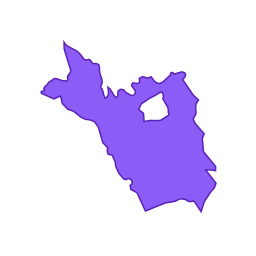 the border of Vas, rotated 77°
{"feature_id": "HUN-3138", "entity_name": "Vas", "entity_type": "County", "adm_level": 1, "iso_a3": "HUN", "parent_name": "Hungary", "parent_adm1": "", "projection": "robinson", "projection_center": [16.563, 47.075], "detail": "fine", "context": "isolated", "style": "filled", "palette": "violet", "viewbox_px": 256, "rotation_deg": 77, "n_neighbors": 0, "source": "natural_earth", "source_scale": "10m", "svg_char_len": 2163}
<svg xmlns="http://www.w3.org/2000/svg" viewBox="0 0 256 256"><g transform="rotate(77 128 128)"><path d="M93.1,63.8L110.5,57.1L116.6,53.0L117.0,53.4L118.9,55.5L121.2,57.0L129.5,58.6L133.9,62.4L138.6,61.6L150.8,55.1L154.8,57.9L167.9,59.8L185.2,51.3L189.3,52.3L187.6,56.4L186.3,61.7L201.6,54.7L205.8,57.4L209.6,62.6L216.9,70.2L225.9,75.6L215.1,79.7L213.8,80.9L213.8,83.9L212.6,86.2L210.6,88.0L208.7,93.0L210.0,98.7L209.4,108.5L212.8,129.7L193.0,133.8L188.5,139.1L186.7,138.7L184.9,139.0L183.7,137.9L183.2,136.3L179.4,136.2L177.2,139.1L177.9,141.6L176.5,143.8L169.8,147.2L162.3,148.6L158.4,148.1L150.9,149.5L149.0,153.3L146.0,153.4L142.4,152.4L136.7,155.8L120.5,156.7L114.4,159.2L111.7,162.9L109.8,167.7L106.9,171.4L99.4,177.3L96.1,182.6L89.3,186.5L81.6,186.5L83.0,193.6L75.2,203.9L74.3,204.7L74.1,204.7L72.9,204.2L72.8,200.8L70.6,201.1L69.0,199.6L67.7,197.3L65.8,195.2L63.6,189.4L63.2,188.6L63.4,187.9L63.9,186.4L65.3,184.3L65.9,183.3L67.1,181.1L68.0,178.6L68.4,176.8L67.6,175.8L65.3,175.6L63.8,175.0L63.1,174.2L60.7,171.6L59.0,170.8L44.0,171.9L36.8,172.4L36.0,172.3L30.1,171.0L32.7,170.0L34.8,168.3L40.7,161.4L42.6,159.7L46.7,157.2L50.1,155.9L51.2,155.2L52.3,153.7L52.4,152.5L52.3,151.4L52.7,150.1L54.3,148.9L55.9,148.6L57.3,147.7L58.0,144.6L59.5,142.4L61.7,142.1L67.8,143.2L74.4,142.5L77.8,142.8L80.6,144.6L81.5,145.2L82.3,145.4L83.1,145.2L83.8,144.7L86.5,144.2L90.7,144.2L93.8,143.5L93.1,141.4L90.8,139.5L88.4,138.9L83.8,138.4L85.8,136.8L93.1,134.3L94.9,133.3L95.6,132.2L95.0,131.1L93.1,130.3L89.8,129.4L88.6,126.7L89.7,123.8L93.1,121.9L96.8,117.8L97.6,115.4L95.6,112.9L92.9,112.7L87.5,115.0L85.3,113.7L85.3,112.6L86.7,109.2L86.6,107.4L85.5,106.1L84.2,106.0L82.9,106.1L81.9,105.4L81.3,102.0L83.8,97.6L83.3,94.0L88.3,91.7L90.6,89.9L91.7,87.2L91.1,83.9L86.1,75.1L85.7,74.7L85.0,74.5L84.2,74.1L83.8,73.4L83.9,72.2L84.6,71.6L85.4,71.3L85.8,70.7L85.4,62.9L87.0,60.3L89.0,59.9L91.2,61.1L93.1,63.8ZM121.8,85.2L117.6,84.4L107.2,87.5L105.3,86.3L101.2,86.3L100.5,88.6L102.2,93.7L104.1,100.8L107.6,109.9L112.5,113.4L117.0,109.7L120.8,110.1L125.3,111.0L125.6,104.7L126.8,100.2L127.9,94.7L124.4,85.0L121.8,85.2Z" fill="#8b5cf6" stroke="#5b21b6" stroke-width="1.5"/></g></svg>